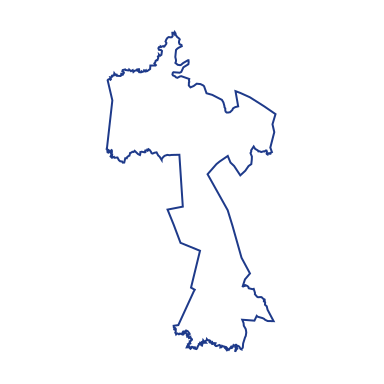 outline of Mariscala de Juárez, Oaxaca, Mexico, rotated 9°
{"feature_id": "50627088B44259809604887", "entity_name": "Mariscala de Juárez", "entity_type": "district", "adm_level": 2, "iso_a3": "MEX", "parent_name": "Mexico", "parent_adm1": "Oaxaca", "projection": "natural_earth1", "projection_center": [-98.113, 17.821], "detail": "fine", "context": "isolated", "style": "outline", "palette": "blue", "viewbox_px": 384, "rotation_deg": 9, "n_neighbors": 0, "source": "geoboundaries", "source_scale": "gbopen_adm2", "svg_char_len": 5997}
<svg xmlns="http://www.w3.org/2000/svg" viewBox="0 0 384 384"><g transform="rotate(9 192 192)"><path d="M101.1,160.9L101.0,162.7L101.4,162.7L102.4,166.0L102.9,166.1L102.8,164.1L103.1,163.7L103.5,164.0L103.6,165.1L105.2,165.9L105.4,164.0L105.9,163.2L106.3,163.4L106.7,165.2L106.3,166.9L107.3,167.3L107.3,168.5L106.3,168.7L106.0,169.6L107.6,170.7L109.4,169.5L110.1,170.3L113.0,169.6L114.8,172.0L116.3,172.9L118.2,172.8L119.0,173.8L120.1,173.6L120.4,174.3L120.8,169.1L122.3,168.9L122.3,168.0L123.6,166.4L124.5,165.9L124.8,163.1L125.9,162.6L126.8,161.6L128.1,161.6L128.9,160.3L132.8,163.0L134.8,163.6L135.0,162.4L134.7,160.7L135.9,160.1L139.3,160.2L139.6,159.9L139.2,159.5L139.4,158.3L140.8,158.1L140.8,158.6L141.2,157.0L141.7,157.0L141.9,158.0L142.2,157.8L142.5,156.6L143.6,157.1L145.1,158.6L146.0,160.0L147.1,160.2L148.8,159.1L150.8,158.4L152.9,161.2L154.5,162.2L157.0,165.1L156.9,164.2L157.9,162.3L159.2,160.6L161.8,159.2L164.1,159.2L166.0,158.6L173.7,157.2L185.2,207.9L170.6,213.2L179.1,227.3L188.6,244.0L209.1,248.8L206.0,286.6L210.0,288.1L209.3,289.9L199.3,325.6L194.8,327.0L195.3,328.8L196.4,329.0L196.0,330.5L196.4,330.6L197.2,329.7L197.5,329.9L197.6,331.8L197.8,332.4L197.5,333.6L198.1,334.1L198.6,335.1L199.4,334.0L200.0,334.0L201.3,334.6L201.7,334.4L202.2,333.7L205.3,334.3L205.8,334.0L206.1,332.9L204.9,332.6L204.6,332.3L205.2,331.1L206.0,331.0L206.7,332.7L207.4,332.2L207.9,331.4L207.4,330.3L207.8,329.7L209.6,330.2L211.7,332.2L211.9,332.6L211.9,333.1L210.4,334.0L210.1,334.0L209.6,333.1L209.0,333.1L209.2,334.2L209.9,335.0L209.9,335.7L210.1,335.7L210.5,334.9L210.8,334.9L211.8,335.8L211.9,336.4L213.0,335.5L213.2,336.6L214.0,336.6L215.0,337.5L215.1,337.9L214.3,338.3L214.2,339.2L213.1,339.8L213.6,340.8L213.4,341.2L214.0,341.9L213.5,342.3L212.6,342.1L212.4,342.7L211.8,343.0L212.3,344.0L211.5,344.7L211.1,346.3L212.5,346.0L213.3,344.7L213.6,344.9L213.9,346.3L215.0,347.1L215.7,346.3L215.7,345.3L216.1,344.9L217.7,345.1L218.0,345.9L218.4,346.1L219.2,345.0L219.6,345.4L220.0,346.4L221.0,346.4L221.7,345.0L221.7,344.0L222.7,341.7L222.6,341.2L223.2,341.1L223.6,340.8L223.4,340.2L223.6,339.5L224.8,339.9L225.2,341.9L225.9,342.1L226.2,339.1L226.0,338.9L225.3,339.0L225.3,338.5L226.3,338.0L226.3,336.8L226.9,337.4L226.8,339.2L227.3,339.1L227.3,338.2L228.5,338.8L229.3,338.7L228.4,337.9L228.4,337.2L229.7,336.2L229.7,335.0L230.8,335.9L232.0,335.7L233.4,336.1L233.5,336.5L232.7,337.4L233.1,337.8L234.1,337.8L235.3,337.1L235.5,338.1L235.3,338.7L235.7,339.0L236.7,338.7L237.2,337.8L238.9,337.7L238.6,339.7L239.7,340.4L240.4,340.3L243.0,338.8L244.1,339.4L244.3,341.1L244.7,340.9L245.0,339.8L245.5,340.4L246.4,339.3L247.1,339.7L248.2,339.6L248.6,340.4L249.4,339.8L250.1,339.9L250.3,340.3L249.8,341.4L251.3,342.9L251.8,342.4L251.5,341.0L253.1,342.1L255.0,338.4L255.5,338.4L255.1,340.0L255.4,340.0L255.8,339.8L256.4,338.9L256.9,336.9L257.4,337.3L259.2,336.0L259.4,336.0L259.4,336.5L259.0,338.2L259.1,338.7L260.0,339.4L259.5,341.5L259.6,342.3L259.9,342.3L260.6,340.3L261.3,339.6L260.4,338.3L260.5,337.5L261.2,336.7L262.8,337.3L264.6,339.5L265.4,339.7L265.3,339.4L266.3,338.3L266.5,337.4L266.2,333.6L267.1,327.4L267.6,325.8L267.6,322.4L267.0,320.3L266.4,318.8L264.1,316.0L263.4,313.3L261.6,310.3L273.8,309.3L275.3,304.2L276.3,304.9L281.3,305.5L283.0,306.0L284.2,306.8L286.9,307.6L292.8,306.8L285.0,296.4L283.7,293.2L281.7,291.9L281.5,289.5L281.1,289.0L280.1,288.8L280.0,287.6L280.7,287.2L280.5,286.8L279.0,286.3L277.2,285.0L276.5,285.0L273.6,285.6L272.7,285.3L270.1,283.1L270.0,281.8L268.1,278.0L267.0,278.5L263.1,278.2L262.5,276.9L261.4,276.2L259.3,275.6L258.4,275.8L258.7,276.6L257.2,277.2L256.7,278.0L258.0,270.0L262.0,263.4L251.2,249.2L237.4,219.3L230.1,204.4L204.6,172.0L211.8,160.6L214.5,157.6L221.7,150.8L225.4,156.9L229.5,159.7L237.1,168.0L241.3,162.7L243.8,157.5L246.2,155.2L246.0,150.9L245.6,147.6L243.7,144.4L244.2,142.9L243.9,141.6L245.8,137.4L247.6,139.5L250.6,140.7L251.2,141.5L252.4,141.2L254.1,141.7L256.4,140.6L257.1,140.7L258.5,139.4L259.1,139.4L259.7,140.5L259.7,142.5L260.1,142.9L260.9,143.2L261.2,142.2L261.7,141.7L262.2,141.6L262.9,142.1L263.5,141.9L263.6,140.9L264.7,140.1L262.4,135.9L263.9,120.0L260.9,112.5L262.3,102.0L249.9,96.1L234.4,89.4L224.2,86.6L219.2,85.6L224.2,100.2L221.6,101.3L220.6,102.0L219.4,103.1L219.0,104.7L217.1,107.2L215.5,107.8L213.8,108.1L212.7,107.4L212.1,106.2L211.8,104.3L210.9,103.3L210.5,101.9L209.0,98.6L207.1,96.3L196.8,92.9L190.9,92.2L187.4,85.7L186.4,85.0L183.5,84.1L179.7,84.3L177.0,87.1L174.1,88.9L172.2,87.3L171.8,84.1L172.1,83.7L171.5,82.0L171.6,80.8L163.3,79.3L162.1,79.7L159.7,81.5L158.1,81.2L157.2,80.4L154.9,79.8L154.3,79.0L154.4,77.3L154.9,76.6L161.2,76.1L162.6,75.1L164.0,70.2L168.4,66.4L168.4,64.3L167.9,62.4L167.4,62.5L163.1,66.0L161.1,68.3L160.3,68.6L158.0,68.6L155.4,67.1L155.7,65.8L155.6,64.3L154.4,61.3L154.0,54.2L154.9,52.9L156.1,51.7L159.1,49.6L158.6,48.4L156.7,48.0L155.8,46.6L155.6,44.9L156.0,43.1L154.8,42.1L153.2,41.3L151.4,39.5L150.9,37.9L150.0,36.9L149.8,38.5L149.0,37.5L147.7,37.8L148.5,41.0L147.8,42.3L146.6,42.6L144.8,42.6L143.7,43.5L142.8,45.3L142.3,47.5L143.4,48.7L143.4,49.7L141.9,52.7L141.5,52.9L140.7,52.4L139.0,53.4L138.3,53.1L138.4,53.8L136.8,54.0L136.3,55.2L137.1,56.7L139.4,56.7L140.3,57.4L140.3,61.3L139.1,62.5L138.0,61.6L138.2,62.3L137.1,63.5L137.7,64.7L137.2,67.2L136.8,67.3L136.5,66.5L136.4,67.6L135.6,68.1L135.5,69.3L134.7,70.9L136.5,72.3L136.2,72.8L131.1,73.6L131.4,77.1L128.8,79.6L127.5,80.1L127.3,79.1L126.7,79.6L125.7,79.3L125.6,80.4L123.8,81.3L123.3,80.8L122.7,81.8L121.1,81.9L120.9,80.7L120.3,81.0L118.9,80.7L120.8,80.0L120.4,79.0L118.5,79.6L118.3,80.2L116.4,81.3L115.3,82.6L114.4,80.9L112.8,82.2L110.8,80.9L110.7,81.7L110.1,81.9L107.3,81.9L106.8,81.4L104.5,82.4L104.3,83.7L105.9,84.4L106.1,84.9L105.2,87.1L104.1,86.9L103.6,85.4L103.7,88.1L103.2,88.6L99.5,89.0L98.9,88.7L99.1,87.9L97.6,87.8L96.7,86.9L96.7,89.0L95.8,89.5L95.0,89.4L94.7,89.8L95.0,90.6L93.9,91.5L93.3,91.5L94.3,93.2L93.9,93.9L92.8,93.3L91.6,94.1L91.2,94.8L99.0,114.0L101.1,160.9Z" fill="none" stroke="#1e3a8a" stroke-width="2"/></g></svg>